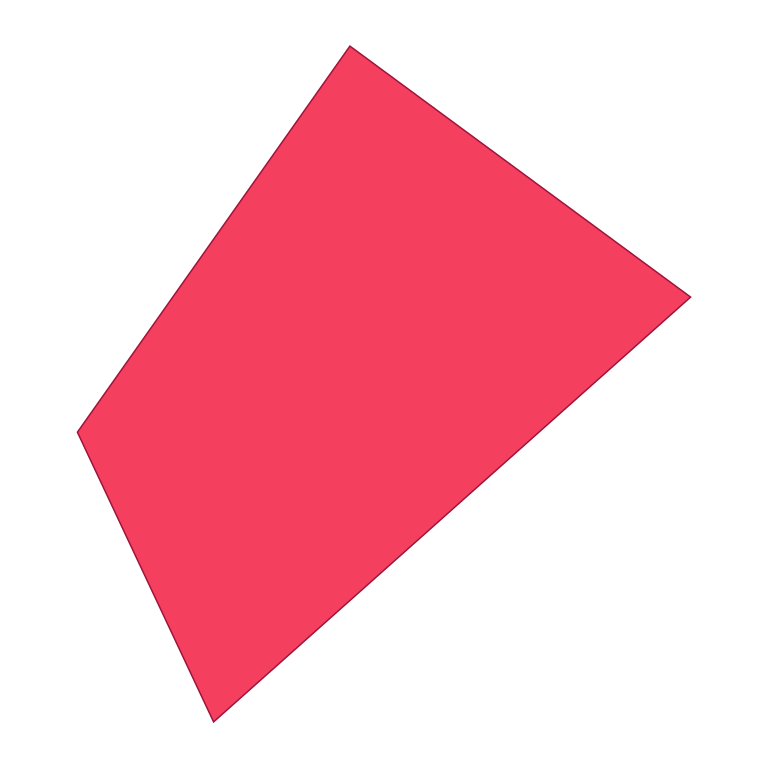 SVG path tracing the border of Saint Louis
{"feature_id": "SYC-5219", "entity_name": "Saint Louis", "entity_type": "state/province", "adm_level": 1, "iso_a3": "SYC", "parent_name": "Seychelles", "parent_adm1": "", "projection": "robinson", "projection_center": [55.437, -4.623], "detail": "fine", "context": "isolated", "style": "filled", "palette": "rose", "viewbox_px": 768, "rotation_deg": 0, "n_neighbors": 0, "source": "natural_earth", "source_scale": "10m", "svg_char_len": 189}
<svg xmlns="http://www.w3.org/2000/svg" viewBox="0 0 768 768"><path d="M77.4,432.2L349.9,46.1L690.6,297.1L213.6,721.9L77.4,432.2Z" fill="#f43f5e" stroke="#9f1239" stroke-width="1.5"/></svg>